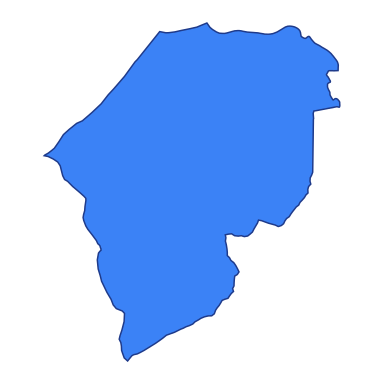 Cho-Airong, Narathiwat, Thailand
{"feature_id": "78962969B3053888418312", "entity_name": "Cho-Airong", "entity_type": "district", "adm_level": 2, "iso_a3": "THA", "parent_name": "Thailand", "parent_adm1": "Narathiwat", "projection": "orthographic", "projection_center": [101.876, 6.214], "detail": "fine", "context": "isolated", "style": "filled", "palette": "blue", "viewbox_px": 384, "rotation_deg": 0, "n_neighbors": 0, "source": "geoboundaries", "source_scale": "gbopen_adm2", "svg_char_len": 4984}
<svg xmlns="http://www.w3.org/2000/svg" viewBox="0 0 384 384"><path d="M127.6,361.0L131.8,355.8L133.5,354.8L133.7,354.7L137.3,353.9L140.0,352.6L144.1,350.4L145.7,349.4L155.7,343.2L162.6,338.3L166.4,335.2L174.7,332.2L177.5,330.8L180.7,329.2L183.3,328.2L185.9,326.8L189.4,325.6L192.8,324.0L195.0,321.8L198.6,319.8L200.9,318.3L204.5,316.8L208.3,315.9L211.7,315.8L214.3,313.8L215.6,310.2L217.2,307.8L219.1,305.5L220.7,302.9L222.1,300.4L224.7,299.3L228.0,298.3L229.6,295.8L231.3,293.5L233.0,291.9L233.5,291.5L232.6,288.6L234.0,285.9L234.1,282.6L234.3,279.6L234.7,276.1L237.3,274.5L239.0,271.9L237.4,268.6L235.8,265.6L233.9,262.8L230.9,260.4L229.5,257.7L227.3,255.6L227.3,252.5L227.0,249.1L226.3,244.7L225.4,241.1L225.9,237.8L225.3,234.8L228.6,234.1L231.6,233.8L234.6,235.7L238.2,236.1L241.3,235.7L244.3,236.6L247.7,236.0L250.0,234.2L252.4,232.1L253.9,229.1L255.9,225.7L257.5,223.0L258.5,220.1L261.7,220.7L264.9,221.9L268.5,223.2L271.8,224.1L275.4,225.1L278.2,226.5L279.1,226.3L281.4,225.5L283.6,223.7L284.9,220.9L286.6,218.5L289.2,216.7L290.8,214.1L292.6,211.6L294.5,209.2L296.3,206.9L298.7,205.1L300.0,202.4L302.3,200.0L304.4,197.6L305.9,195.0L308.0,193.0L307.8,189.4L308.6,186.5L310.8,184.1L310.0,181.2L310.2,177.9L311.6,175.2L312.7,172.2L313.4,119.1L313.6,118.7L313.4,116.2L313.2,113.3L313.9,111.0L316.5,110.6L336.9,106.7L339.2,107.2L339.4,107.0L339.5,106.9L339.6,106.6L339.7,106.4L339.7,106.2L339.8,105.7L339.8,104.9L339.7,103.4L339.7,102.4L339.6,102.1L339.6,101.9L339.5,101.7L339.3,101.4L339.0,100.9L338.2,100.0L337.9,99.6L337.6,99.3L337.4,99.2L337.1,99.0L336.9,98.9L336.6,98.7L336.4,98.7L336.0,98.6L335.7,98.6L335.3,98.6L335.2,98.6L334.9,98.8L334.5,99.1L334.2,99.3L333.5,99.8L333.4,99.9L333.2,99.9L332.9,99.8L332.7,99.6L332.3,98.9L332.0,98.5L331.9,98.3L331.7,97.9L331.3,97.3L330.7,96.3L330.3,95.5L330.1,95.0L330.0,94.8L330.0,94.7L330.0,94.4L329.9,93.5L329.9,93.1L329.9,92.7L329.8,92.4L329.7,92.1L329.7,91.9L329.5,91.6L329.2,90.9L328.6,90.0L328.6,89.8L328.3,89.2L328.1,88.7L327.8,88.0L327.7,87.6L327.6,87.3L327.6,87.2L327.5,86.8L327.5,86.6L327.5,86.0L327.5,85.1L327.5,84.4L327.6,84.1L327.7,83.9L327.8,83.6L328.0,83.4L328.4,83.1L328.5,83.0L329.9,82.3L330.2,82.2L330.3,82.0L330.3,81.9L330.4,81.4L330.4,81.2L330.2,80.8L330.2,80.7L329.8,80.1L328.9,78.4L328.3,77.4L328.2,77.1L327.3,76.1L327.0,75.7L326.7,75.3L326.7,75.2L326.6,74.8L326.5,74.7L326.5,74.4L326.6,74.2L326.8,73.8L326.9,73.6L327.4,72.9L327.7,72.4L328.1,71.5L328.3,71.2L328.5,71.0L328.7,70.9L328.8,70.9L329.0,70.8L329.4,70.7L331.6,70.7L332.4,70.7L333.7,70.8L336.1,70.7L338.1,70.6L338.2,66.9L338.3,65.3L338.2,64.9L338.2,64.4L338.0,63.7L337.5,62.1L337.1,61.4L336.6,60.6L336.1,59.9L334.8,58.2L333.2,56.1L332.4,55.2L331.1,53.6L329.1,51.8L327.6,50.6L327.2,50.3L324.4,48.6L323.7,48.2L321.9,47.2L320.4,46.2L319.8,45.8L318.9,45.3L318.3,45.0L317.3,44.5L315.8,43.7L315.1,43.3L314.9,43.2L314.4,42.7L313.4,41.7L312.0,40.0L311.8,39.8L311.7,39.7L311.3,39.2L310.5,38.0L309.7,36.9L309.4,36.7L309.2,36.5L309.0,36.4L308.8,36.4L308.6,36.4L308.3,36.5L308.2,36.5L307.9,36.7L307.5,36.9L306.6,37.7L306.0,38.1L305.8,38.2L305.7,38.3L305.4,38.3L305.1,38.4L304.8,38.3L304.5,38.3L304.2,38.2L303.8,38.0L303.4,37.8L303.1,37.7L302.9,37.6L302.4,37.2L302.2,37.2L301.6,36.7L301.4,36.5L301.2,36.3L301.1,36.2L301.0,35.7L300.9,35.1L300.6,33.5L300.5,32.6L300.4,32.5L300.3,32.1L299.9,31.0L299.7,30.6L298.9,29.6L298.0,28.8L297.6,28.5L297.1,28.2L296.6,27.9L296.4,27.8L295.0,27.1L294.6,27.0L294.2,26.8L292.4,26.4L291.8,26.3L290.9,26.2L290.7,26.2L290.0,26.1L289.9,26.1L288.4,26.2L288.1,26.2L287.5,26.3L287.0,26.5L286.0,26.8L285.7,26.9L285.5,27.0L285.3,27.1L284.9,27.3L283.1,28.4L281.0,29.7L280.8,29.8L278.3,31.3L277.3,31.9L276.1,32.4L274.8,32.9L274.4,33.1L272.9,33.6L272.1,33.8L271.7,33.8L270.8,34.0L269.7,34.1L269.2,34.2L268.2,34.2L267.1,34.2L264.6,34.1L263.2,33.8L260.1,33.3L258.0,32.9L253.0,32.5L247.4,32.1L243.0,31.3L241.3,30.9L240.5,30.8L239.1,30.6L238.9,30.6L237.8,30.6L235.5,30.8L235.0,30.8L234.5,30.9L231.7,31.6L231.1,31.8L228.6,32.5L227.2,32.9L224.8,33.4L224.3,33.4L223.5,33.4L222.6,33.4L219.4,33.2L216.5,32.0L212.5,29.5L210.0,27.4L206.9,23.0L201.0,25.4L197.9,26.7L197.0,27.1L190.0,28.7L181.1,30.5L174.9,31.9L168.8,32.7L165.9,32.8L159.7,31.6L137.3,59.6L135.1,61.8L124.5,76.4L113.7,88.9L108.3,94.7L101.2,103.8L92.0,112.5L82.4,120.8L76.6,123.4L69.3,129.3L63.5,134.5L58.7,142.0L54.3,148.3L51.4,150.7L48.3,153.1L44.9,155.0L44.2,155.7L48.1,156.5L53.2,159.0L57.7,162.0L60.2,165.8L62.7,175.7L64.6,179.5L67.6,181.3L72.7,186.5L80.0,192.7L83.9,196.2L85.8,198.3L85.9,200.4L85.0,206.5L84.7,210.6L83.6,214.5L83.1,217.5L83.7,220.4L85.8,225.9L87.9,229.4L92.2,234.9L96.4,240.6L97.8,243.7L99.1,244.8L100.0,246.0L100.4,247.6L100.9,248.7L101.0,250.3L100.3,250.9L99.8,251.4L98.5,253.1L97.3,259.9L98.2,269.0L100.2,275.6L101.6,281.3L106.9,292.3L111.1,299.4L113.2,304.9L116.3,308.6L122.3,311.0L124.5,313.4L124.1,321.6L121.9,330.1L120.1,335.5L119.2,339.2L120.8,342.5L121.4,346.0L121.6,350.4L122.4,352.8L124.2,357.9L127.6,361.0Z" fill="#3b82f6" stroke="#1e3a8a" stroke-width="1.5"/></svg>